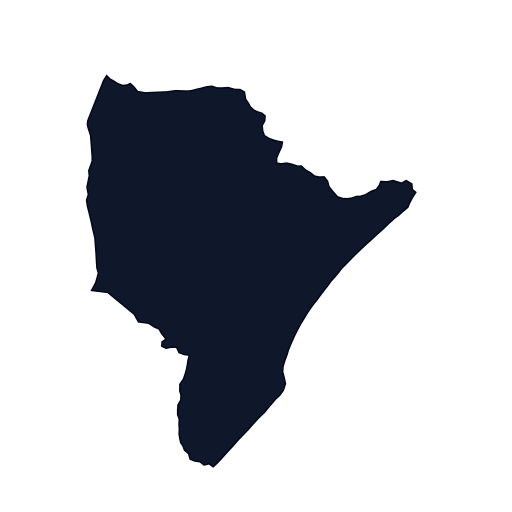 outline of Aquiraz, Ceará, Brazil, rotated 81°
{"feature_id": "56859067B18185438473519", "entity_name": "Aquiraz", "entity_type": "district", "adm_level": 2, "iso_a3": "BRA", "parent_name": "Brazil", "parent_adm1": "Ceará", "projection": "mercator", "projection_center": [-38.388, -3.948], "detail": "fine", "context": "isolated", "style": "filled", "palette": "ink", "viewbox_px": 512, "rotation_deg": 81, "n_neighbors": 0, "source": "geoboundaries", "source_scale": "gbopen_adm2", "svg_char_len": 2612}
<svg xmlns="http://www.w3.org/2000/svg" viewBox="0 0 512 512"><g transform="rotate(81 256 256)"><path d="M228.1,96.3L222.8,92.4L218.1,88.2L214.7,91.2L209.2,90.8L205.0,95.8L206.8,100.8L204.9,104.8L202.9,108.8L203.2,115.0L201.9,121.0L205.4,123.1L209.0,126.6L210.2,132.4L212.6,138.1L213.4,143.7L212.9,147.7L213.8,152.0L213.7,156.8L212.9,161.1L210.3,166.2L204.2,170.1L198.8,173.1L193.4,173.6L188.5,176.3L187.9,181.2L186.2,185.7L182.5,189.0L178.6,193.8L174.2,197.1L173.8,200.8L170.9,206.4L169.0,211.2L168.9,216.8L167.4,221.1L162.4,220.3L156.5,216.6L152.0,213.6L147.6,212.1L146.3,215.9L144.5,220.1L141.9,224.8L138.4,228.9L133.5,229.8L128.1,229.5L123.8,226.2L119.1,225.1L115.9,227.8L113.7,232.3L111.4,235.5L107.6,238.4L104.1,239.5L99.5,241.7L92.2,241.8L89.1,245.7L88.1,251.0L85.3,257.1L84.7,263.6L83.8,268.6L81.4,273.0L81.2,278.6L81.8,284.2L82.1,289.1L82.6,293.3L82.5,297.1L81.6,302.2L80.2,309.1L80.0,313.5L80.0,318.1L79.5,322.3L78.8,328.4L78.1,334.5L77.6,339.5L75.1,347.2L69.7,350.2L66.0,353.2L67.0,356.9L66.7,361.2L64.2,365.5L60.6,369.6L58.3,372.6L54.5,375.3L58.9,379.1L83.7,393.7L96.1,401.0L99.7,402.0L103.5,401.7L111.1,400.5L120.8,401.3L127.1,401.8L132.6,402.3L136.6,402.9L145.5,407.8L150.6,408.1L161.6,412.2L169.1,412.0L174.2,414.6L180.6,414.7L186.7,414.1L192.0,413.7L197.0,413.3L202.3,413.1L212.9,412.3L228.7,413.6L237.4,414.5L243.1,415.0L248.1,414.3L253.0,416.5L257.3,418.5L264.3,423.8L268.8,408.1L294.5,385.4L302.7,382.4L305.6,372.6L310.2,367.5L312.9,363.2L318.1,361.2L324.0,357.8L326.1,362.2L330.3,363.2L333.1,359.2L332.8,354.9L333.6,348.8L339.4,347.1L342.1,342.3L343.5,337.4L348.5,339.5L353.0,340.9L357.4,342.5L361.7,344.5L366.5,347.1L370.7,351.2L377.4,352.4L381.5,351.8L386.5,352.8L390.8,356.3L395.8,357.5L400.5,358.2L404.9,357.3L410.4,358.4L415.7,358.9L419.7,359.8L424.0,359.8L428.5,359.6L432.0,357.9L436.6,357.0L440.7,353.5L446.4,352.8L448.8,348.8L450.5,343.5L454.3,340.0L453.9,334.9L457.5,331.3L454.4,326.6L450.4,321.5L447.3,317.7L443.7,313.2L440.4,309.0L436.6,304.4L433.8,301.0L429.5,295.2L425.8,290.4L422.8,286.8L416.7,279.2L411.7,272.0L407.9,267.8L402.7,261.7L400.3,258.9L397.3,254.4L392.9,250.0L386.8,246.9L380.4,247.2L374.5,247.8L369.2,246.5L364.2,244.1L358.3,240.8L353.7,238.6L348.6,235.5L344.9,233.1L340.6,230.3L334.0,225.5L330.3,222.7L326.1,219.1L322.4,216.0L319.6,213.6L315.1,209.3L311.8,205.9L309.2,203.0L305.6,199.4L301.5,195.1L296.3,189.6L292.6,185.9L288.8,181.2L285.5,177.4L281.8,173.5L269.9,157.5L265.6,151.2L261.3,144.9L259.1,141.4L253.3,132.7L248.9,125.9L245.1,120.5L240.2,113.0L238.2,108.9L235.4,104.6L231.5,98.3L228.1,96.3Z" fill="#0f172a" stroke="#020617" stroke-width="1.5"/></g></svg>